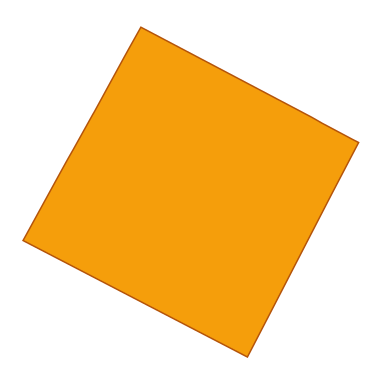 Randolph, Indiana, United States of America (Albers equal-area conic projection), rotated 208°
{"feature_id": "52423323B64945825583977", "entity_name": "Randolph", "entity_type": "district", "adm_level": 2, "iso_a3": "USA", "parent_name": "United States of America", "parent_adm1": "Indiana", "projection": "albers", "projection_center": [-84.948, 40.157], "detail": "fine", "context": "isolated", "style": "filled", "palette": "amber", "viewbox_px": 384, "rotation_deg": 208, "n_neighbors": 0, "source": "geoboundaries", "source_scale": "gbopen_adm2", "svg_char_len": 426}
<svg xmlns="http://www.w3.org/2000/svg" viewBox="0 0 384 384"><g transform="rotate(208 192 192)"><path d="M67.7,256.0L68.1,313.9L75.5,313.8L109.5,313.8L121.2,314.2L314.5,313.5L315.0,290.3L315.2,278.5L315.6,243.6L315.7,231.9L315.9,216.1L316.0,214.5L316.8,173.7L317.1,164.0L317.1,163.9L317.2,159.4L317.5,138.9L318.3,75.9L318.4,69.8L65.6,72.3L66.2,129.7L67.7,256.0Z" fill="#f59e0b" stroke="#b45309" stroke-width="1.5"/></g></svg>